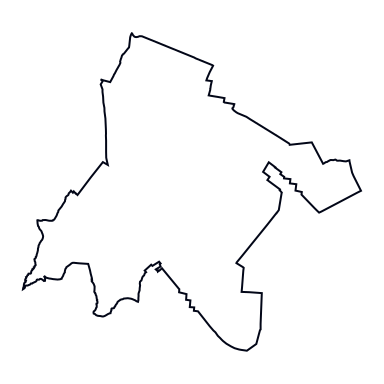 San Juan Atenco, Puebla, Mexico (Mercator projection)
{"feature_id": "50627088B89764628782430", "entity_name": "San Juan Atenco", "entity_type": "district", "adm_level": 2, "iso_a3": "MEX", "parent_name": "Mexico", "parent_adm1": "Puebla", "projection": "mercator", "projection_center": [-97.57, 19.047], "detail": "fine", "context": "isolated", "style": "outline", "palette": "ink", "viewbox_px": 384, "rotation_deg": 0, "n_neighbors": 0, "source": "geoboundaries", "source_scale": "gbopen_adm2", "svg_char_len": 5781}
<svg xmlns="http://www.w3.org/2000/svg" viewBox="0 0 384 384"><path d="M142.0,36.3L140.1,36.2L139.5,36.2L138.1,36.8L137.0,37.0L136.5,37.1L135.2,37.0L134.2,36.5L133.7,35.9L132.6,34.6L132.2,33.5L131.8,33.3L131.3,34.1L130.8,35.3L130.2,37.2L129.3,45.5L129.0,47.5L128.5,47.9L128.2,48.4L127.7,48.9L124.0,53.6L122.8,54.4L122.5,55.1L122.0,55.5L121.4,57.7L120.8,59.2L120.1,61.7L120.3,62.3L120.4,62.9L119.2,65.5L118.7,66.2L117.9,67.7L116.6,69.9L114.7,73.7L114.1,74.4L113.5,76.0L110.2,82.1L103.6,80.4L100.6,79.4L102.8,81.0L100.7,84.4L102.5,89.3L102.5,92.0L103.1,96.7L103.4,102.6L104.4,107.9L104.5,111.5L105.4,118.4L105.9,129.2L106.0,133.8L105.9,135.4L106.1,140.7L106.1,151.9L106.2,156.4L106.2,157.5L106.5,159.2L107.8,164.9L102.9,162.1L90.7,177.5L77.5,195.0L75.8,193.3L75.6,193.5L73.8,191.4L72.9,192.7L71.0,190.7L70.2,191.9L68.8,193.3L68.6,193.8L68.6,194.1L68.3,195.0L66.9,196.0L66.3,196.5L65.6,197.4L65.5,198.1L65.6,198.8L65.1,199.8L65.0,201.2L63.9,202.9L63.3,203.7L61.6,206.6L58.4,210.5L58.2,212.0L57.4,213.3L57.0,214.6L56.5,215.8L54.6,219.0L54.1,219.7L53.3,219.9L52.7,220.7L52.2,220.6L51.5,220.8L49.0,220.7L46.2,220.1L45.3,220.0L42.7,220.1L42.1,220.7L40.3,220.8L37.7,220.2L37.3,219.5L37.6,223.6L38.1,226.1L38.7,226.6L39.1,228.0L39.7,229.2L41.3,231.0L41.5,231.4L42.2,233.3L42.5,233.9L43.1,236.0L43.1,236.7L42.8,238.2L42.3,239.5L42.0,240.0L41.2,240.8L40.7,241.7L39.7,243.1L39.5,243.9L39.1,244.6L38.6,245.6L38.4,247.4L38.0,248.3L37.9,250.4L37.7,251.1L37.5,252.0L37.1,253.5L36.7,254.5L36.6,255.5L36.4,256.2L35.8,256.8L35.9,257.6L35.3,258.4L34.7,258.8L34.4,259.2L34.6,259.7L34.7,261.1L35.2,262.0L35.3,262.3L35.4,264.2L35.7,264.9L35.6,265.3L35.1,265.7L34.6,266.1L34.7,266.7L34.5,267.1L34.0,267.1L33.7,267.3L33.9,268.2L33.3,269.0L32.9,269.2L32.5,269.1L32.3,270.1L32.0,270.1L31.4,271.1L31.2,271.7L31.1,273.0L30.6,273.6L29.2,273.7L28.5,273.7L28.2,274.3L28.1,275.0L27.3,275.4L26.9,276.6L26.7,276.8L26.0,277.1L26.2,277.9L25.8,278.7L25.3,279.2L25.2,279.7L25.2,280.1L25.3,280.2L25.2,280.8L25.4,280.9L25.9,280.9L25.7,281.5L25.7,281.8L25.3,282.3L24.5,282.8L24.2,283.3L23.9,284.6L23.9,285.4L23.7,286.3L23.7,286.8L23.2,287.9L23.0,289.2L24.5,288.2L25.1,286.9L25.3,285.9L25.8,285.5L27.8,285.5L28.5,285.1L29.7,284.7L30.2,284.4L30.9,283.5L32.2,283.5L32.7,283.0L33.5,282.7L34.2,282.3L35.4,281.8L35.9,281.5L36.4,281.0L36.8,279.8L37.3,279.5L38.0,279.7L39.2,279.6L39.6,279.3L39.9,279.0L40.2,278.9L40.6,278.9L41.2,279.0L41.8,279.3L42.9,280.0L43.9,281.0L45.0,280.8L45.1,279.1L45.0,278.1L44.3,276.7L44.7,276.4L46.2,277.7L49.2,278.5L50.9,278.7L53.0,279.1L57.1,279.5L58.0,279.5L59.9,279.3L60.7,279.1L61.0,278.8L61.6,278.8L61.9,277.9L63.2,275.7L63.5,274.6L64.0,273.6L64.9,272.2L64.8,271.4L65.4,269.0L66.2,267.9L66.4,267.2L69.9,264.7L71.5,263.3L72.8,262.8L74.0,262.8L78.9,263.3L88.2,263.9L90.0,270.3L90.7,273.7L91.9,278.2L92.0,279.0L91.6,279.1L91.6,279.5L92.1,280.2L92.2,280.6L92.1,280.9L91.7,281.0L91.7,281.3L93.1,283.0L93.7,284.0L94.6,286.3L94.5,286.6L94.6,287.0L94.5,290.2L94.3,291.4L94.4,292.1L95.1,292.8L95.0,293.1L95.6,293.9L95.7,294.8L96.2,295.6L96.4,296.1L96.7,298.5L97.0,299.7L97.2,299.8L97.2,300.0L96.9,300.3L97.0,300.7L97.2,300.8L97.5,301.9L97.4,303.1L97.1,303.5L96.5,303.6L96.4,304.0L96.4,304.3L96.7,305.2L96.7,307.0L96.3,307.8L96.0,308.1L95.8,308.9L95.5,309.7L94.9,310.5L93.7,311.5L93.6,311.9L93.5,312.6L93.7,313.6L94.9,314.0L96.2,315.2L97.8,315.8L100.7,316.1L102.3,316.5L103.6,316.4L105.3,315.7L108.1,314.0L109.8,313.3L110.5,313.2L110.7,312.1L111.0,311.5L111.0,311.1L111.4,310.5L111.4,309.0L111.7,308.5L113.8,308.2L114.1,307.9L114.3,307.6L114.3,307.2L115.2,306.3L115.2,305.9L116.0,304.6L116.5,304.1L116.6,303.9L117.2,303.0L117.5,302.1L118.3,301.3L119.9,300.2L120.3,299.8L120.6,299.8L120.8,299.6L121.5,299.4L122.8,299.2L123.7,298.6L127.8,298.2L131.0,298.7L132.3,299.1L135.3,300.4L136.4,301.2L138.0,301.8L138.4,300.2L138.4,298.0L138.6,295.7L138.5,295.0L138.6,293.3L139.6,290.4L139.7,288.2L140.1,285.3L139.8,283.8L140.0,281.8L140.8,280.9L141.4,280.5L142.4,277.2L143.3,276.0L144.1,275.4L144.8,273.3L145.3,272.8L146.1,272.2L144.7,270.6L151.2,264.7L152.4,265.9L159.1,261.7L160.6,263.5L159.7,264.2L160.6,266.5L155.8,269.4L157.2,270.7L158.0,270.5L158.0,271.5L159.6,270.4L162.0,268.3L178.9,288.8L179.3,289.2L179.1,292.3L186.5,294.1L186.1,299.8L190.4,300.4L189.8,307.1L194.2,307.4L193.9,310.8L198.0,311.3L209.7,326.2L213.4,330.5L215.4,332.3L217.8,335.8L220.3,338.2L221.3,339.3L222.9,340.9L226.4,343.7L231.0,346.4L234.6,348.2L239.1,349.5L241.3,349.9L246.9,350.7L256.3,344.0L260.0,330.1L260.6,329.5L260.6,325.6L260.6,323.9L261.8,293.1L249.3,292.2L241.6,291.9L242.0,287.9L243.3,270.8L243.7,267.8L242.9,267.1L236.4,263.1L236.7,262.4L242.0,256.0L250.8,245.1L267.4,224.6L276.6,212.9L276.7,213.0L278.8,210.1L281.6,193.2L281.8,192.6L279.6,190.1L280.0,189.4L267.4,180.1L269.6,176.8L263.1,171.9L268.8,162.3L275.4,167.3L275.1,167.6L281.4,172.2L280.3,174.1L283.8,176.6L284.2,176.8L284.0,178.4L290.4,179.1L289.9,183.4L296.3,184.2L295.5,190.6L301.8,192.0L301.5,194.6L314.5,208.1L317.1,210.7L319.1,212.6L321.3,211.6L339.2,202.2L357.2,192.7L361.0,190.8L353.6,176.1L352.1,172.6L349.6,161.8L349.4,160.3L346.0,161.4L343.7,161.2L340.0,160.6L337.6,160.7L336.9,160.6L335.7,159.7L335.3,159.6L333.5,160.1L332.8,160.1L331.1,160.0L330.6,160.0L329.8,160.3L329.5,160.6L328.6,160.9L327.2,161.9L326.4,162.1L325.6,162.2L324.3,163.2L323.1,163.8L311.8,142.4L289.8,144.8L289.8,144.5L289.1,143.5L277.1,135.9L249.9,119.1L249.0,118.5L246.4,116.8L237.8,113.2L236.3,112.3L233.8,110.4L232.5,108.9L232.4,108.3L232.7,108.1L233.4,107.2L233.7,106.3L233.7,105.7L234.2,104.7L234.3,104.1L224.5,102.5L223.8,102.0L224.5,98.1L217.0,96.8L216.3,96.7L210.8,95.8L208.7,95.4L210.3,89.6L210.2,88.7L210.4,88.4L210.8,85.4L211.8,81.1L206.4,80.4L207.1,78.2L209.7,72.2L213.1,65.7L212.5,65.2L195.5,58.3L194.4,57.6L142.0,36.3Z" fill="none" stroke="#020617" stroke-width="2"/></svg>